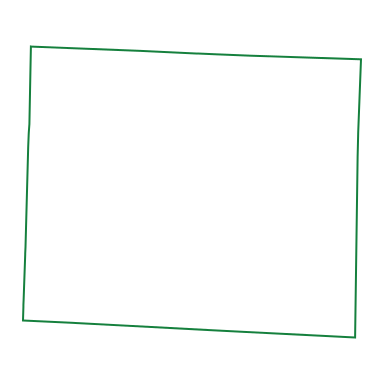 the district of Guilford, North Carolina, United States of America
{"feature_id": "52423323B75500493210020", "entity_name": "Guilford", "entity_type": "district", "adm_level": 2, "iso_a3": "USA", "parent_name": "United States of America", "parent_adm1": "North Carolina", "projection": "natural_earth1", "projection_center": [-79.836, 36.079], "detail": "fine", "context": "isolated", "style": "outline", "palette": "green", "viewbox_px": 384, "rotation_deg": 0, "n_neighbors": 0, "source": "geoboundaries", "source_scale": "gbopen_adm2", "svg_char_len": 531}
<svg xmlns="http://www.w3.org/2000/svg" viewBox="0 0 384 384"><path d="M355.1,337.5L357.6,158.0L357.6,157.4L358.1,136.8L358.2,132.3L361.0,59.3L250.6,55.7L218.5,54.4L218.3,54.4L218.2,54.4L197.7,53.5L195.8,53.5L141.0,50.9L31.4,46.6L30.9,46.5L29.4,124.1L28.8,132.3L28.7,134.2L28.6,136.7L28.2,146.7L25.5,247.2L25.2,253.6L25.2,254.9L23.9,291.9L23.6,300.3L23.4,305.0L23.4,307.0L23.0,320.5L72.1,322.8L77.3,323.1L79.3,323.2L209.4,330.1L242.4,331.8L317.9,335.6L318.0,335.6L355.1,337.5Z" fill="none" stroke="#15803d" stroke-width="2"/></svg>